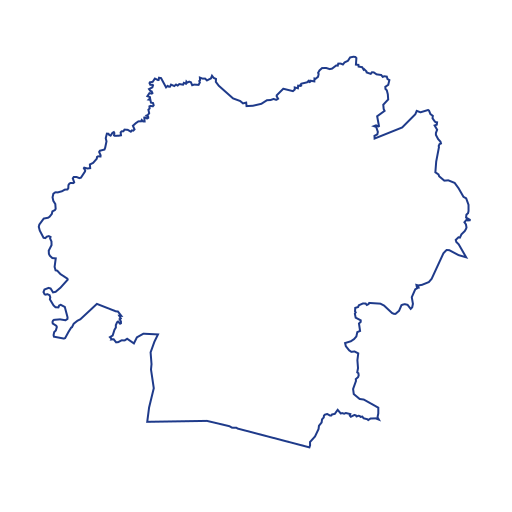 the district of Jolalpan, Puebla, Mexico, rotated 357°
{"feature_id": "50627088B30927628561887", "entity_name": "Jolalpan", "entity_type": "district", "adm_level": 2, "iso_a3": "MEX", "parent_name": "Mexico", "parent_adm1": "Puebla", "projection": "mercator", "projection_center": [-98.941, 18.299], "detail": "fine", "context": "isolated", "style": "outline", "palette": "blue", "viewbox_px": 512, "rotation_deg": 357, "n_neighbors": 0, "source": "geoboundaries", "source_scale": "gbopen_adm2", "svg_char_len": 5947}
<svg xmlns="http://www.w3.org/2000/svg" viewBox="0 0 512 512"><g transform="rotate(357 256 256)"><path d="M61.1,328.0L64.9,321.8L67.7,317.8L68.5,317.5L70.4,314.1L74.3,311.3L77.3,310.0L94.6,295.5L113.1,303.9L115.2,304.2L118.3,308.7L116.3,308.5L117.7,311.3L116.5,311.9L117.7,314.4L117.6,316.1L116.7,316.5L114.8,314.2L113.8,314.9L112.4,317.7L112.3,320.1L110.8,322.3L108.7,327.9L105.9,329.4L107.5,331.3L107.2,331.8L109.5,331.7L111.8,334.9L113.9,334.8L117.3,333.2L120.5,333.4L123.0,331.9L129.5,336.9L132.8,331.0L139.5,327.7L154.0,329.2L150.1,336.2L145.7,346.7L146.0,358.6L145.2,363.8L147.0,382.7L141.3,401.7L138.7,415.9L198.4,418.1L220.6,424.6L223.1,426.2L227.4,426.5L228.7,427.4L299.3,449.9L300.1,447.9L300.2,444.6L305.5,439.3L309.4,432.1L310.0,428.8L312.8,425.7L313.4,422.6L315.2,420.8L315.5,419.0L316.4,418.1L318.8,417.5L321.6,419.2L322.9,419.2L323.6,418.2L326.4,417.8L329.5,413.9L332.4,417.7L333.8,417.4L335.8,418.1L337.5,417.5L341.9,418.8L341.3,420.2L342.3,421.5L346.0,419.9L347.4,420.4L348.0,421.5L350.0,420.9L351.2,421.2L352.0,422.2L353.7,421.9L355.0,423.7L358.8,424.9L359.5,425.7L361.8,424.3L367.0,424.4L370.1,425.8L368.9,423.4L369.9,419.6L370.2,413.9L356.1,405.0L352.0,404.2L346.4,399.0L346.0,393.9L349.3,386.0L349.2,384.2L351.6,382.3L352.3,380.5L352.1,378.4L351.0,377.5L352.0,373.3L351.8,365.4L353.0,358.6L349.4,356.5L346.2,356.7L344.1,355.1L341.0,350.8L340.4,347.6L346.3,346.1L349.6,344.1L352.0,341.6L353.2,337.3L356.0,336.3L355.3,328.8L357.1,327.3L357.2,325.7L352.3,322.8L351.7,318.8L352.6,317.5L352.0,316.5L352.4,313.0L355.3,312.3L356.1,310.6L360.3,309.0L363.0,309.2L364.1,310.7L365.9,309.9L366.6,308.8L377.7,310.1L381.3,312.2L388.9,320.1L390.8,321.0L392.3,321.1L396.0,318.2L398.7,312.7L400.2,312.2L402.1,311.9L404.8,312.7L407.7,316.9L409.3,315.4L410.2,312.0L409.4,305.3L413.3,297.6L415.4,296.6L415.2,295.9L416.7,296.0L416.3,294.6L414.8,294.0L414.7,293.3L416.5,293.9L420.2,293.5L427.2,291.1L430.2,288.0L443.3,263.1L445.9,260.6L446.7,260.0L449.3,260.3L458.3,265.7L465.8,268.3L459.0,254.9L456.8,252.5L456.3,250.4L459.2,247.9L460.6,248.3L462.3,245.1L465.8,242.0L467.2,239.8L467.7,238.5L467.3,235.4L465.9,233.2L468.2,230.8L469.3,231.6L471.3,231.5L471.4,231.0L467.8,228.6L468.3,225.7L470.0,224.3L470.6,222.2L470.9,216.0L468.9,209.4L466.3,207.8L461.8,198.9L458.2,193.4L452.0,190.5L448.0,190.6L443.1,186.0L442.5,184.1L439.5,181.8L440.9,171.1L444.4,156.9L444.2,155.7L445.1,153.9L446.6,153.3L446.2,151.5L444.0,148.8L442.0,144.5L442.1,142.5L443.5,139.4L441.2,135.0L443.4,134.3L443.8,132.0L442.2,131.7L441.1,130.3L439.5,127.7L439.9,125.3L437.6,123.4L436.4,119.9L435.5,119.2L427.8,121.1L424.1,119.5L422.5,122.8L408.7,135.3L380.6,144.9L380.6,142.2L383.5,140.9L384.2,138.5L382.8,133.4L380.6,132.5L382.7,131.8L385.0,133.0L385.6,132.7L384.3,122.8L392.0,117.8L391.2,115.9L391.0,111.6L396.2,106.6L396.1,101.4L395.3,97.4L394.0,95.9L394.0,93.8L397.0,92.0L398.4,87.3L396.6,86.2L396.0,83.7L393.3,83.2L392.0,83.8L390.5,81.8L385.9,80.9L383.2,78.8L381.4,78.6L380.1,80.1L376.1,78.5L376.0,77.5L373.7,75.0L373.2,75.5L371.9,73.0L368.4,72.2L368.3,70.5L365.8,70.1L366.6,63.6L365.7,62.5L363.9,62.1L360.4,62.6L358.0,65.9L354.6,67.3L352.8,69.3L350.7,68.3L348.2,68.2L347.6,70.2L346.1,69.9L341.7,72.9L339.3,73.2L335.9,71.9L331.8,71.8L329.1,74.0L327.6,76.4L328.1,77.5L327.3,80.3L324.7,82.2L323.7,81.8L323.4,84.7L319.5,83.8L319.3,84.8L318.4,85.1L317.6,83.9L316.2,85.2L310.3,86.3L309.5,87.2L310.0,88.2L309.5,88.5L307.0,88.1L306.6,90.7L303.5,89.7L303.4,91.8L301.5,93.3L292.0,90.4L285.1,96.6L285.0,97.6L286.3,100.1L285.1,100.8L284.3,101.1L281.8,100.1L278.7,101.0L275.1,101.0L269.3,104.3L260.8,105.8L254.4,105.8L254.2,102.3L251.0,102.9L248.3,100.4L241.3,97.4L227.7,84.0L225.0,80.0L225.3,77.1L223.0,75.9L221.5,73.7L220.3,76.3L216.2,78.1L214.5,76.2L211.7,76.0L209.3,74.9L209.3,77.5L208.5,78.3L209.0,79.8L207.6,82.1L203.3,81.6L201.2,82.1L200.1,79.1L198.4,78.4L196.4,79.3L195.6,78.2L195.0,80.3L193.0,79.3L192.1,81.1L188.4,80.3L186.7,81.7L185.1,80.6L183.3,82.0L180.1,80.4L179.0,82.4L177.9,82.4L176.7,81.5L175.0,82.9L170.5,73.4L168.5,72.9L168.0,75.1L167.4,75.2L164.3,73.5L161.9,76.7L159.1,77.0L158.7,77.8L159.4,79.5L161.7,79.6L162.1,80.1L161.3,82.2L157.9,83.7L159.1,85.6L160.4,86.1L161.1,87.9L160.4,88.4L158.1,87.8L155.9,90.7L158.4,91.8L158.5,93.0L157.1,94.2L158.7,94.5L159.1,97.3L161.2,97.9L161.7,100.1L160.8,101.1L158.5,100.6L157.4,101.0L157.5,103.1L156.2,104.3L156.8,107.8L155.3,109.6L154.1,110.0L155.6,111.4L155.6,112.4L154.4,113.0L152.6,111.8L151.7,111.9L151.8,115.8L150.2,115.7L149.0,114.2L148.3,115.5L145.6,115.4L143.0,117.0L139.9,119.5L141.3,123.2L140.0,124.4L138.6,124.1L137.5,125.3L134.5,123.3L131.3,122.9L130.1,124.5L128.3,124.5L127.3,125.5L127.5,128.4L125.2,128.7L121.2,128.6L120.5,128.1L121.0,125.8L120.5,124.8L119.1,125.5L117.1,128.2L115.6,127.3L115.1,126.2L113.5,126.0L112.1,130.5L112.7,133.7L111.0,140.1L110.2,141.8L105.6,142.7L104.8,143.9L106.1,147.3L105.9,148.5L103.5,148.2L102.4,148.8L102.1,150.5L98.2,154.5L94.9,155.9L95.0,159.6L92.3,159.8L89.1,158.8L88.7,159.3L89.9,161.6L89.7,162.6L85.3,168.6L83.7,169.0L80.9,167.7L78.1,167.6L77.1,168.9L78.3,172.9L77.5,173.6L74.6,173.4L73.4,174.0L72.4,175.4L72.1,178.5L71.2,179.7L68.6,179.7L65.6,181.2L61.4,182.1L58.9,181.9L56.9,183.2L55.9,186.8L56.5,190.4L58.3,193.6L58.4,198.4L57.6,199.6L55.0,200.8L54.3,203.3L51.9,206.0L50.4,206.9L46.0,207.5L41.3,213.2L40.6,215.5L41.4,219.3L44.8,226.7L46.6,227.1L48.0,225.8L50.1,225.3L51.8,226.2L51.3,227.7L52.5,230.8L52.4,234.4L49.3,239.8L49.3,243.0L50.1,244.9L52.5,247.4L55.9,247.9L54.3,256.3L55.1,259.8L56.8,260.3L59.7,263.8L66.5,268.8L66.7,269.8L59.1,277.4L54.0,281.3L51.4,281.7L49.2,277.7L47.2,277.0L43.0,278.4L41.9,280.9L42.9,283.2L43.9,283.6L45.6,283.2L47.8,284.3L48.4,286.5L47.9,288.5L51.2,294.7L53.1,296.7L56.0,297.0L56.8,295.2L58.4,294.5L62.4,296.9L64.6,307.4L64.4,309.0L62.4,310.2L57.0,309.0L50.9,309.2L49.9,309.9L49.3,311.3L49.5,312.8L52.9,315.2L53.4,316.5L52.2,319.9L50.5,321.4L49.7,324.4L50.0,326.0L59.8,328.4L61.1,328.0Z" fill="none" stroke="#1e3a8a" stroke-width="2"/></g></svg>